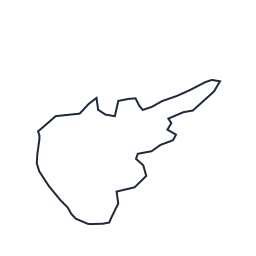 Koshkupir, Khorezm, Uzbekistan, rotated 318°
{"feature_id": "79887680B63967245583955", "entity_name": "Koshkupir", "entity_type": "district", "adm_level": 2, "iso_a3": "UZB", "parent_name": "Uzbekistan", "parent_adm1": "Khorezm", "projection": "equal_earth", "projection_center": [60.29, 41.488], "detail": "fine", "context": "isolated", "style": "outline", "palette": "slate", "viewbox_px": 256, "rotation_deg": 318, "n_neighbors": 0, "source": "geoboundaries", "source_scale": "gbopen_adm2", "svg_char_len": 805}
<svg xmlns="http://www.w3.org/2000/svg" viewBox="0 0 256 256"><g transform="rotate(318 128 128)"><path d="M227.6,154.9L222.5,148.4L216.3,145.7L198.5,141.0L185.6,136.8L171.3,130.8L159.7,128.2L151.0,124.4L151.3,119.0L153.4,111.0L148.3,107.0L138.9,101.4L126.1,110.4L120.2,102.9L118.0,94.5L124.7,84.6L115.0,83.8L101.7,85.0L82.2,70.8L64.6,70.5L58.9,70.3L57.2,74.3L54.4,77.3L43.1,86.8L36.6,93.2L33.0,100.9L30.3,118.3L29.5,136.7L30.0,146.6L28.4,154.0L28.5,160.5L34.0,172.3L35.6,174.1L45.1,182.2L50.8,185.7L54.8,183.8L64.9,179.7L70.2,177.6L77.0,167.6L93.2,176.5L109.5,175.8L114.4,165.9L113.3,156.3L118.0,153.7L129.9,161.0L140.9,162.3L153.2,167.2L159.2,165.1L156.2,155.6L163.4,153.4L164.3,148.0L179.7,153.3L187.9,158.4L201.8,158.4L216.3,158.4L227.6,154.9Z" fill="none" stroke="#1e293b" stroke-width="2"/></g></svg>